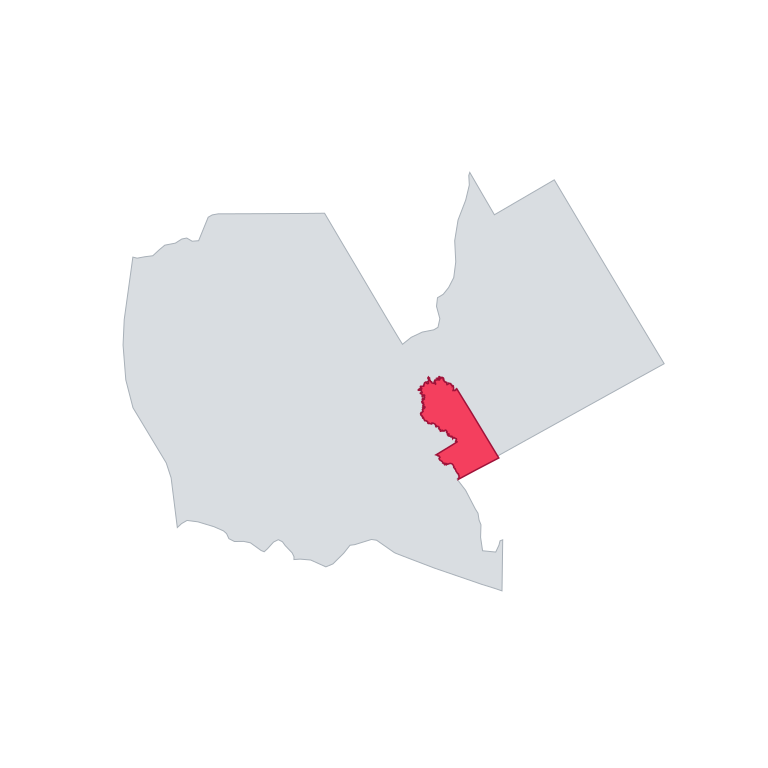 San Luis, Petén, Guatemala (highlighted), rotated 59°
{"feature_id": "79465075B4836456001209", "entity_name": "San Luis", "entity_type": "district", "adm_level": 2, "iso_a3": "GTM", "parent_name": "Guatemala", "parent_adm1": "Petén", "projection": "albers", "projection_center": [-89.769, 16.056], "detail": "fine", "context": "in_parent", "style": "filled", "palette": "rose", "viewbox_px": 768, "rotation_deg": 59, "n_neighbors": 0, "source": "geoboundaries", "source_scale": "gbopen_adm2", "svg_char_len": 7468}
<svg xmlns="http://www.w3.org/2000/svg" viewBox="0 0 768 768"><g transform="rotate(59 384 384)"><path d="M145.9,533.9L149.0,530.8L151.7,523.6L155.0,516.1L153.2,507.5L152.1,500.4L155.8,490.3L155.6,482.6L157.3,477.9L162.8,474.9L165.7,469.1L150.5,448.8L150.6,444.2L152.7,438.6L165.4,417.3L180.5,391.9L197.1,363.9L207.0,347.0L242.8,347.3L266.5,347.4L296.5,347.6L329.2,347.8L350.6,347.8L359.5,347.7L358.0,336.6L359.2,324.5L363.2,313.4L363.2,308.5L356.8,302.5L344.5,299.0L337.6,293.7L337.6,287.0L334.6,278.9L328.7,269.4L316.3,259.6L297.6,249.6L281.6,236.1L268.5,219.3L257.4,208.4L248.9,203.9L246.8,201.5L272.0,201.9L295.8,202.2L296.1,178.2L296.4,156.9L296.7,132.9L339.7,133.1L391.1,133.3L444.4,133.4L486.3,133.4L510.9,133.4L509.8,163.2L508.6,197.8L507.7,223.2L506.5,257.1L505.3,291.8L503.7,339.1L502.6,369.7L503.1,370.4L517.2,368.8L538.1,370.1L543.2,370.0L549.6,372.6L554.6,373.4L565.2,380.2L577.7,385.4L585.6,374.8L581.4,368.5L578.2,365.3L578.7,362.5L622.1,389.4L617.1,393.6L606.1,403.4L586.2,420.1L568.4,435.1L551.2,448.6L535.6,460.8L533.8,462.0L514.1,470.8L510.8,474.8L506.6,491.9L504.7,496.2L508.3,505.7L511.9,520.4L510.8,528.0L497.1,537.5L490.9,546.1L488.1,551.6L485.7,550.1L481.4,549.7L471.6,551.9L466.9,552.3L463.0,554.8L462.6,560.1L465.2,568.7L466.1,573.1L463.4,575.1L451.3,580.3L446.6,585.4L442.0,593.3L436.7,596.6L431.2,596.0L427.3,597.2L418.9,603.1L406.3,614.5L399.5,623.1L399.4,629.4L400.6,635.1L354.8,614.8L339.5,611.3L275.1,611.4L247.5,603.2L216.2,587.6L195.0,573.5L145.9,533.9Z" fill="#d9dde1" stroke="#a8b0b8" stroke-width="1"/><path d="M481.9,374.4L482.5,374.0L482.9,373.4L482.9,373.2L483.2,373.0L483.5,373.1L483.9,373.7L484.3,373.7L484.2,372.9L484.3,372.9L484.6,373.0L484.7,372.8L484.3,372.2L484.7,372.2L485.0,372.5L485.5,372.1L485.4,371.9L484.8,371.8L484.5,371.3L484.7,371.1L485.3,371.1L485.7,370.5L485.6,369.9L486.0,368.9L486.0,368.3L487.3,366.9L488.6,366.5L490.0,366.6L490.7,366.5L490.8,366.6L491.0,367.0L491.5,367.2L492.2,367.1L493.1,366.6L493.4,367.0L494.3,366.8L496.0,367.2L497.4,367.0L498.3,367.1L499.1,366.6L499.5,366.5L500.0,367.0L500.4,366.9L501.2,366.9L502.2,367.6L502.5,367.6L503.2,368.2L503.4,368.6L503.4,369.2L503.8,369.2L504.0,369.4L505.0,348.8L506.5,323.7L452.7,323.8L425.5,324.1L425.6,324.5L425.5,324.9L425.8,325.3L426.1,325.4L426.2,326.5L425.9,327.0L425.4,327.2L425.4,327.7L425.1,328.2L424.8,327.9L424.9,327.5L424.6,327.0L424.0,327.0L422.8,326.1L421.7,325.9L421.5,325.6L421.3,325.6L421.3,326.7L420.4,326.2L420.2,326.2L419.9,326.7L419.5,326.6L419.0,326.9L418.6,326.6L418.0,326.6L417.6,327.1L417.4,327.2L417.1,327.6L417.1,328.1L416.6,328.3L417.1,328.9L417.0,329.5L417.1,329.9L417.0,330.4L416.9,330.4L416.5,330.0L416.0,330.1L415.7,329.9L415.1,329.3L414.3,329.9L414.3,330.2L414.2,330.4L413.4,330.5L413.3,330.8L412.9,330.7L412.3,331.0L412.1,330.8L411.6,331.0L411.3,330.5L410.8,330.4L410.7,330.8L410.8,331.0L410.7,331.0L410.2,330.5L410.1,330.1L409.8,330.0L409.5,330.0L409.5,330.3L409.7,330.6L408.9,330.5L408.7,330.6L408.4,330.8L408.3,330.7L408.1,330.8L408.0,331.1L408.4,331.8L408.4,332.0L407.6,332.1L406.3,332.6L406.1,332.9L406.0,333.1L406.2,333.3L406.6,333.4L407.2,333.8L407.5,333.9L407.7,332.9L408.1,332.8L409.1,334.3L409.1,334.5L408.9,334.9L408.7,334.9L407.8,334.4L407.4,334.4L407.0,334.6L406.4,335.3L406.3,335.8L406.9,335.5L407.9,335.7L408.1,335.8L408.0,336.1L407.5,336.6L407.6,337.6L406.8,338.0L406.8,338.3L407.6,339.5L408.1,340.0L408.3,339.9L408.4,339.7L408.0,339.5L407.9,339.3L408.0,339.1L408.7,339.1L409.1,339.6L409.9,339.4L410.2,339.5L410.7,339.8L410.7,340.0L409.9,340.0L409.5,340.2L408.8,341.4L408.2,341.9L407.9,342.3L407.3,342.4L406.6,342.1L406.4,342.5L405.7,342.9L405.1,342.8L404.8,342.4L404.6,342.4L403.7,342.8L403.1,342.7L402.6,343.1L402.1,343.2L401.9,343.1L401.8,342.9L402.1,342.0L401.8,342.1L401.5,342.6L401.0,342.4L401.1,342.9L401.6,343.4L402.1,343.5L403.1,343.4L404.1,344.0L404.3,344.3L404.4,345.2L405.3,345.1L406.2,345.5L406.4,345.7L406.2,346.5L405.7,346.6L405.4,347.1L405.1,347.1L404.5,346.7L404.1,346.7L403.8,347.1L403.8,348.0L403.9,348.7L404.5,349.1L404.6,349.6L405.2,350.0L405.4,350.7L406.0,350.7L406.3,351.0L405.7,352.7L405.0,353.3L404.8,353.9L405.0,354.2L405.4,354.4L405.9,354.4L406.7,354.0L406.9,354.0L406.5,354.8L406.4,356.6L406.5,357.4L406.8,357.8L407.0,357.8L407.2,357.6L407.8,356.7L407.9,356.3L407.7,355.3L408.1,354.8L408.3,354.9L408.9,355.6L409.2,355.8L409.6,355.8L410.6,355.5L410.9,355.6L411.1,356.4L411.0,356.8L410.4,357.2L410.4,357.4L410.7,357.7L411.0,357.7L411.9,356.7L412.4,356.9L413.3,356.5L413.6,356.7L413.7,357.3L414.3,357.3L414.3,357.7L414.5,357.8L414.8,357.4L414.4,356.8L414.5,356.0L413.9,355.9L413.8,355.7L414.3,355.0L414.7,355.0L414.8,355.1L414.9,355.8L415.6,355.8L416.5,356.1L417.0,356.7L416.5,357.3L416.3,358.2L416.6,358.3L417.3,357.8L417.8,357.7L417.7,358.0L417.2,358.2L416.8,359.1L417.3,359.3L418.2,359.2L418.5,359.4L418.6,359.7L418.6,360.3L418.5,360.6L418.8,360.7L419.2,360.2L419.5,360.1L419.8,360.3L419.7,361.0L420.3,361.0L420.5,360.7L420.4,360.1L420.7,359.9L421.5,360.9L421.9,360.9L422.2,360.5L422.4,360.5L422.5,360.8L422.5,361.6L423.2,361.4L423.5,361.4L423.6,361.7L423.5,362.3L424.0,362.4L424.5,362.0L424.2,361.3L424.2,360.9L424.6,360.7L425.0,360.8L425.4,361.3L425.4,361.9L425.7,362.2L425.5,362.5L424.9,362.7L424.6,363.2L425.4,363.3L426.1,363.8L425.7,364.1L425.8,364.4L426.6,364.3L427.3,365.0L427.7,364.8L428.0,366.1L427.5,366.7L427.9,367.5L428.4,367.4L428.5,367.7L428.4,367.9L429.1,368.1L429.3,368.4L429.9,368.3L430.2,367.9L430.8,367.7L431.2,367.7L431.2,368.1L431.7,368.1L431.9,367.9L432.0,368.1L432.8,368.1L433.1,368.3L433.3,367.6L433.7,367.8L434.0,367.7L434.8,367.9L435.3,367.8L435.5,368.0L435.9,367.8L436.6,367.9L437.0,366.9L437.6,366.8L437.6,366.5L438.2,366.2L438.8,366.2L439.3,366.0L439.5,366.4L439.9,366.6L440.7,366.4L441.1,365.6L441.1,365.2L441.4,365.2L441.9,364.8L442.1,364.3L442.3,364.2L442.2,363.8L442.8,363.7L442.8,363.3L442.3,362.8L443.0,361.9L443.9,361.4L444.3,361.0L444.6,361.1L445.3,360.8L445.9,360.9L446.1,361.1L446.4,360.8L446.6,361.1L447.0,361.2L447.1,361.5L447.5,361.5L447.7,361.2L447.6,360.5L447.9,360.1L448.0,359.6L448.9,359.5L449.4,359.0L450.2,359.5L450.5,360.1L451.2,359.8L451.8,359.9L451.8,359.5L452.2,358.9L452.5,359.0L452.9,359.4L453.6,359.9L453.8,359.4L454.0,358.5L454.2,358.3L454.0,357.8L454.3,357.8L454.8,357.6L455.0,357.1L454.9,356.7L455.3,356.6L455.4,356.0L455.1,355.6L455.1,355.1L455.7,354.6L456.1,354.6L456.3,354.5L456.7,354.7L457.4,354.5L457.7,354.8L457.6,355.2L457.8,355.3L458.2,355.0L458.7,355.1L459.0,355.0L459.2,355.3L459.6,355.3L459.8,354.9L460.1,354.9L460.4,355.1L460.4,355.7L460.8,355.6L460.9,355.1L460.1,354.3L460.2,354.1L460.5,354.2L461.1,354.5L461.2,355.1L461.7,355.4L461.8,355.0L462.4,354.8L462.5,354.4L462.8,354.1L463.4,354.0L463.2,353.5L463.7,352.9L464.0,353.2L464.2,352.8L464.6,353.0L464.8,352.8L465.1,353.0L465.5,352.9L465.9,353.1L465.7,352.7L466.0,352.6L465.7,352.2L465.8,351.6L466.1,351.4L466.3,351.5L466.6,351.4L466.8,351.1L467.1,351.1L467.4,350.8L468.1,350.5L468.2,350.2L468.4,350.3L468.7,350.3L468.8,350.6L469.1,350.8L469.3,351.3L469.9,351.2L470.2,351.4L470.1,352.2L470.5,352.2L470.6,351.8L471.0,351.7L470.9,351.4L471.1,351.1L471.3,351.2L471.4,351.7L471.3,352.4L471.4,356.5L471.5,375.9L472.3,375.2L472.5,374.8L472.8,374.5L473.1,374.7L473.6,374.7L473.7,374.2L474.1,374.0L474.2,373.8L474.8,373.9L475.6,373.7L475.8,373.9L475.8,374.5L476.1,374.7L476.2,375.2L476.8,375.4L477.7,375.2L478.3,375.3L478.7,375.0L478.9,374.7L479.3,374.6L479.9,374.4L480.2,374.1L481.6,374.0L481.9,374.4Z" fill="#f43f5e" stroke="#9f1239" stroke-width="1.5"/></g></svg>